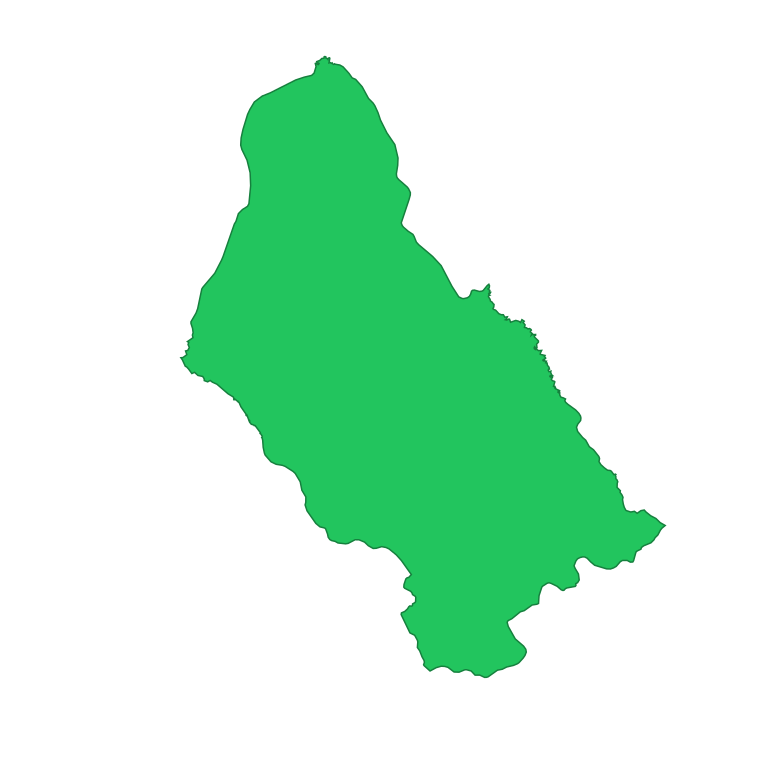 Buachet, Surin, Thailand (Robinson projection), rotated 325°
{"feature_id": "78962969B96676572304128", "entity_name": "Buachet", "entity_type": "district", "adm_level": 2, "iso_a3": "THA", "parent_name": "Thailand", "parent_adm1": "Surin", "projection": "robinson", "projection_center": [103.998, 14.484], "detail": "fine", "context": "isolated", "style": "filled", "palette": "green", "viewbox_px": 768, "rotation_deg": 325, "n_neighbors": 0, "source": "geoboundaries", "source_scale": "gbopen_adm2", "svg_char_len": 6129}
<svg xmlns="http://www.w3.org/2000/svg" viewBox="0 0 768 768"><g transform="rotate(325 384 384)"><path d="M522.7,81.6L521.6,82.7L519.9,81.7L516.9,82.1L513.8,81.3L513.4,82.6L514.3,83.2L514.6,84.2L513.5,84.7L513.0,84.4L512.1,82.1L511.6,82.0L510.4,85.0L505.1,89.2L501.7,89.7L494.7,86.9L486.0,84.3L457.5,80.2L449.5,78.3L439.6,78.6L431.8,82.1L426.9,84.9L414.5,94.6L408.1,100.5L403.6,106.2L402.1,110.4L400.2,122.1L395.5,134.2L388.5,145.1L376.8,158.8L374.1,160.2L368.1,159.9L362.5,160.9L356.0,165.9L353.2,167.1L325.4,187.2L321.9,189.4L308.9,196.2L291.0,200.9L289.2,201.7L274.6,215.4L270.7,218.1L261.6,222.3L260.6,223.7L259.1,228.6L257.0,232.6L255.1,234.0L254.1,236.5L247.3,236.5L247.9,237.9L246.1,239.3L245.5,242.4L242.5,243.9L240.4,243.1L239.3,246.9L234.5,247.0L232.7,246.0L232.7,248.5L231.4,255.6L232.1,256.6L232.5,259.6L232.6,265.2L235.5,265.8L236.5,270.3L239.8,273.8L239.7,276.6L238.7,278.1L240.8,281.1L243.6,281.4L244.5,284.1L247.0,288.3L250.6,302.5L253.1,308.2L252.6,310.2L252.2,310.2L252.0,310.8L252.6,311.2L253.2,310.8L254.1,314.1L254.5,314.4L254.2,315.2L254.7,315.9L253.7,320.7L253.7,329.2L253.2,330.3L253.9,330.5L253.8,331.2L253.3,331.3L253.6,332.0L252.6,335.8L253.0,336.6L252.8,337.2L252.3,336.9L252.0,338.3L252.2,340.8L253.8,342.9L253.8,343.7L254.6,344.2L254.8,352.9L254.1,353.4L254.4,354.3L254.3,356.7L253.7,357.6L253.1,357.7L253.1,358.7L252.3,360.6L248.7,366.6L246.4,372.0L245.9,374.1L246.8,382.9L249.6,387.9L254.1,392.3L255.8,394.8L259.4,403.5L260.0,406.4L259.3,416.0L255.8,423.9L255.2,431.7L252.1,436.0L250.0,437.8L248.2,443.8L248.2,459.1L249.6,464.3L252.8,467.9L253.1,469.2L251.7,474.5L250.4,477.5L250.4,480.3L251.2,482.1L253.7,484.9L255.1,487.8L260.9,492.9L263.2,494.0L271.0,495.0L274.2,497.3L277.4,502.4L278.4,507.5L280.8,512.5L283.4,514.1L288.8,515.9L291.9,519.1L293.6,522.1L296.1,531.1L297.0,538.7L297.1,555.8L293.2,556.6L291.9,556.0L290.1,556.2L285.4,559.7L283.7,561.8L283.8,563.2L287.0,569.2L287.1,571.3L286.6,572.9L287.8,575.8L287.7,576.9L285.1,580.3L284.0,580.8L281.3,580.5L280.1,581.9L279.0,581.7L277.9,580.6L276.5,580.7L274.3,581.7L270.5,582.2L267.0,581.5L265.8,582.7L262.5,602.8L265.0,607.4L264.4,612.9L263.8,614.6L260.2,619.0L260.2,623.1L258.7,629.2L258.2,633.7L257.2,635.4L255.4,636.7L255.3,637.7L257.1,645.5L264.1,646.3L269.0,648.0L271.8,650.2L273.9,652.8L276.2,660.1L280.2,663.1L286.4,664.5L287.8,665.5L290.8,669.1L291.6,674.7L295.5,677.4L298.1,682.0L299.8,683.1L301.4,683.6L312.8,683.5L317.3,685.5L322.2,686.2L328.7,688.8L332.9,689.7L334.8,689.7L340.9,688.3L343.8,687.2L346.8,685.2L348.0,682.6L348.0,678.8L345.3,668.1L346.7,653.9L348.2,649.8L349.9,649.0L354.0,649.6L365.0,648.8L368.9,650.1L378.6,650.0L382.9,652.1L384.7,652.4L389.6,646.3L396.8,640.9L397.9,640.6L403.5,640.8L405.2,641.5L406.5,643.1L409.8,649.0L411.1,654.2L412.1,655.7L413.1,656.2L415.3,655.7L416.9,656.0L424.6,659.5L425.6,659.2L426.6,657.5L428.6,657.8L431.5,656.5L434.3,651.2L434.8,644.7L435.4,641.9L439.6,639.1L442.2,638.2L445.0,638.6L447.6,639.6L449.2,640.8L450.5,643.2L451.3,648.5L452.6,653.3L460.3,663.1L463.4,665.4L466.5,666.3L469.6,666.6L475.6,665.1L478.1,665.3L482.0,668.0L483.6,671.2L485.7,672.5L487.1,671.9L494.0,666.2L495.7,666.0L499.7,666.7L501.1,665.6L504.0,665.5L511.6,667.2L515.7,666.5L517.9,665.4L521.6,664.8L526.7,662.2L529.2,661.5L533.2,661.2L530.7,655.9L529.6,650.1L526.9,644.9L525.2,639.1L524.9,636.5L521.8,635.1L517.2,635.1L516.1,631.9L512.7,630.4L509.9,626.7L509.7,625.9L510.1,622.8L511.2,619.5L513.1,615.5L514.8,613.9L515.3,611.3L515.2,608.1L516.4,607.0L515.6,602.4L518.2,599.0L519.4,598.2L519.9,596.0L519.6,594.5L520.8,592.9L521.4,591.0L522.0,591.0L521.8,590.5L520.3,590.1L520.2,585.8L519.6,584.5L517.7,582.9L516.4,579.0L515.4,574.5L515.6,570.9L517.8,568.7L518.4,566.6L517.9,558.1L516.2,553.1L517.0,545.7L516.0,541.7L515.4,533.9L516.9,529.8L519.8,528.0L524.1,526.7L525.8,524.8L526.6,522.9L526.8,519.9L526.1,515.2L523.0,506.2L522.3,503.2L522.5,501.4L524.1,500.4L522.8,498.0L521.4,496.4L521.6,493.9L523.3,491.4L523.0,490.8L522.1,491.4L521.8,490.5L523.1,489.5L523.2,490.4L524.0,490.1L521.7,486.2L521.7,485.2L522.3,485.5L522.6,483.9L521.6,483.1L525.2,480.2L525.1,479.5L523.8,477.8L523.8,476.0L525.8,475.2L526.0,474.4L524.3,473.8L524.2,473.0L524.9,472.5L526.9,473.8L526.6,472.5L527.2,470.0L528.1,469.2L526.2,468.5L526.4,466.9L527.4,466.3L528.1,466.7L528.8,464.8L528.6,462.4L529.6,460.3L528.6,459.3L530.1,458.5L529.0,457.6L529.2,456.7L527.8,456.5L527.7,455.8L528.2,455.4L531.1,455.7L531.4,455.1L531.1,453.5L532.3,453.0L529.0,449.3L529.7,448.4L532.4,446.9L529.7,445.3L528.8,442.9L527.8,442.7L527.4,441.3L527.8,440.5L528.7,439.9L528.9,441.9L530.1,442.1L531.8,438.9L534.5,438.3L535.2,437.3L534.2,431.8L534.7,430.8L536.2,431.0L536.6,430.4L534.8,429.3L534.5,428.5L532.6,428.6L534.3,427.4L533.7,425.3L534.5,424.6L535.6,424.4L535.7,423.7L535.1,422.1L533.6,421.5L532.8,419.5L531.5,418.2L533.5,416.5L533.2,413.5L534.9,413.0L533.9,410.4L531.1,411.9L530.4,409.9L528.4,407.5L523.1,406.0L524.0,402.9L523.5,402.4L521.2,402.0L520.3,401.0L521.4,401.0L523.6,399.7L521.3,398.6L521.5,395.7L519.8,394.5L518.4,392.3L517.8,387.5L516.4,385.5L516.5,384.7L518.1,383.9L519.8,381.9L519.4,380.5L519.6,379.3L518.8,377.1L519.5,375.4L519.6,372.4L520.3,371.7L521.7,372.0L521.2,370.7L521.5,370.1L523.1,370.5L524.0,370.0L523.1,369.0L524.4,368.0L523.6,365.7L525.3,365.7L526.8,364.0L527.1,362.4L524.9,362.6L518.9,364.3L517.4,364.1L515.2,362.9L511.9,358.9L510.2,358.0L508.9,358.2L506.5,360.1L504.3,361.2L501.8,361.2L498.3,359.8L497.1,358.8L495.2,355.5L495.7,343.0L498.7,319.9L497.0,307.5L492.3,289.7L491.9,286.3L493.3,280.4L493.5,278.0L491.4,272.7L489.9,266.7L489.8,264.7L490.5,262.0L491.5,261.2L510.4,247.2L514.0,244.2L515.4,242.3L516.1,238.1L516.0,235.9L513.4,225.4L513.1,222.9L513.4,221.3L514.7,218.9L520.6,212.8L525.1,206.9L530.2,194.1L530.4,180.0L530.9,176.6L532.5,165.8L534.7,158.4L536.1,150.9L536.2,147.6L535.1,141.2L536.6,128.1L535.5,118.2L533.5,115.0L533.5,109.6L532.4,100.8L530.8,97.4L527.3,93.9L527.2,93.4L526.1,93.4L525.5,91.9L525.7,91.2L524.8,91.1L524.4,89.9L523.1,89.4L526.3,86.3L526.5,85.7L526.2,85.3L524.7,85.3L524.2,85.8L524.1,84.7L523.4,83.9L524.0,82.7L523.4,81.8L522.7,81.6Z" fill="#22c55e" stroke="#15803d" stroke-width="1.5"/></g></svg>